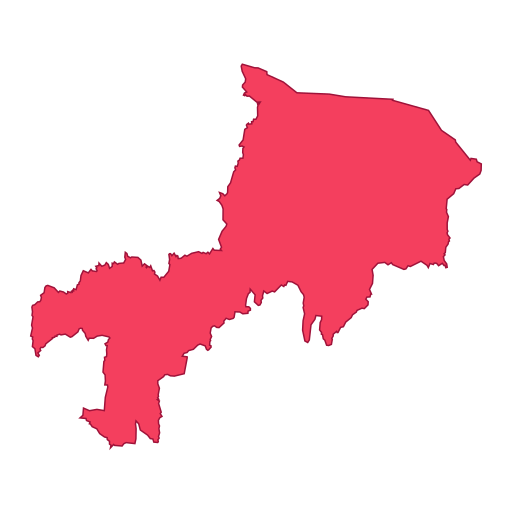 the district of Teúl de González Ortega, Zacatecas, Mexico
{"feature_id": "50627088B73152877685889", "entity_name": "Teúl de González Ortega", "entity_type": "district", "adm_level": 2, "iso_a3": "MEX", "parent_name": "Mexico", "parent_adm1": "Zacatecas", "projection": "equal_earth", "projection_center": [-103.508, 21.35], "detail": "fine", "context": "isolated", "style": "filled", "palette": "rose", "viewbox_px": 512, "rotation_deg": 0, "n_neighbors": 0, "source": "geoboundaries", "source_scale": "gbopen_adm2", "svg_char_len": 6011}
<svg xmlns="http://www.w3.org/2000/svg" viewBox="0 0 512 512"><path d="M114.5,445.4L122.1,446.0L123.8,443.7L126.1,442.6L134.9,443.6L135.9,438.9L136.1,428.7L135.5,424.0L136.0,420.9L138.7,423.8L140.3,430.0L147.6,435.1L150.3,438.6L152.9,439.0L153.8,442.1L157.7,442.5L158.3,441.7L157.9,439.8L159.1,438.1L158.5,436.5L159.6,432.8L158.9,428.6L159.5,425.9L158.6,423.9L158.4,420.3L159.8,417.7L162.0,416.4L160.2,413.6L161.2,412.2L158.6,403.5L159.4,401.0L157.4,399.7L158.7,399.2L157.6,397.7L158.5,396.5L158.2,394.8L159.4,388.2L157.8,383.8L157.8,380.7L163.6,376.6L164.7,374.8L167.6,374.4L170.4,375.8L174.4,376.1L184.2,373.7L187.2,357.8L187.1,356.8L182.3,356.2L184.0,353.3L187.1,352.5L188.6,350.6L193.4,349.3L197.7,345.1L200.1,344.0L205.2,345.9L206.5,349.3L207.8,350.3L208.7,349.8L211.1,347.1L210.9,345.7L209.6,345.2L209.9,341.4L210.6,340.7L210.2,339.4L211.6,336.5L210.2,333.1L211.1,328.0L212.7,326.3L214.5,325.8L216.7,327.4L219.0,327.6L224.0,323.0L223.8,321.1L226.1,318.3L229.4,319.5L233.2,318.4L234.1,317.3L235.0,311.8L239.9,312.0L242.8,313.8L247.9,313.3L248.1,311.1L250.4,310.2L250.4,308.4L248.8,306.8L245.9,306.7L245.6,305.1L246.5,298.5L248.4,293.6L250.0,292.4L250.2,289.1L255.1,294.8L254.4,301.8L258.3,305.4L259.9,305.0L261.3,302.5L261.0,300.3L262.8,298.0L262.5,295.8L263.8,291.0L267.1,293.5L272.2,291.1L274.6,291.9L281.3,285.0L283.8,286.5L284.6,285.0L285.9,285.3L287.7,281.4L292.1,281.9L297.9,285.2L301.1,291.7L303.5,294.6L304.2,297.2L303.2,303.1L303.8,305.9L303.1,307.4L304.6,313.8L303.1,320.7L302.6,330.1L304.9,341.0L307.7,342.5L309.3,340.0L311.0,324.8L314.9,319.3L315.9,315.5L321.7,316.2L321.6,319.6L320.2,322.5L319.6,329.9L321.5,332.4L321.4,334.2L322.5,334.6L323.3,338.8L324.8,340.1L326.6,345.2L328.7,345.5L331.4,344.4L332.3,339.3L331.8,338.4L333.2,336.0L333.2,334.2L336.6,331.4L337.2,332.6L338.0,332.5L340.6,327.4L343.4,326.7L345.7,322.1L351.2,317.6L352.5,314.8L356.3,312.1L357.0,310.4L361.9,308.2L364.3,308.6L368.0,304.9L368.2,301.7L365.8,299.2L366.9,297.1L370.0,296.9L370.7,294.2L371.5,294.1L369.5,289.4L372.5,283.4L373.1,275.3L372.1,269.4L377.9,263.2L384.8,262.4L388.0,264.8L391.3,262.7L392.7,264.6L403.9,269.4L405.9,268.9L408.1,265.7L410.3,266.5L421.0,261.2L427.0,265.3L428.3,267.6L430.0,263.5L433.4,264.5L434.1,263.2L435.4,263.1L436.7,263.4L438.6,265.7L442.3,263.3L444.0,265.5L445.0,265.2L445.8,267.7L447.2,267.3L446.7,263.9L444.2,260.5L443.4,256.6L445.0,254.9L444.1,253.8L445.3,252.6L445.8,247.3L448.1,244.0L448.5,241.7L449.4,241.0L448.9,239.2L450.0,238.0L447.5,234.7L447.1,232.8L447.9,231.2L447.2,229.5L447.2,222.9L448.4,216.6L446.5,212.3L446.8,209.4L446.2,208.8L447.1,199.2L453.7,193.7L455.8,188.8L458.9,188.5L464.1,184.5L467.7,185.0L474.0,178.1L479.8,174.0L481.1,170.4L481.3,163.9L477.1,161.8L476.3,159.2L471.0,158.4L470.3,160.2L455.7,142.1L455.3,139.9L441.5,130.4L428.5,110.4L392.5,100.3L392.9,99.3L345.6,96.8L329.3,94.1L296.9,92.8L283.4,82.1L267.0,74.6L266.8,71.7L258.1,67.9L254.7,67.8L242.3,64.2L241.2,66.1L242.2,71.3L245.7,78.8L245.2,82.1L242.6,85.0L242.4,87.1L246.7,92.0L244.5,93.0L243.5,95.1L244.8,95.7L245.5,94.7L247.0,96.2L249.5,96.1L256.9,102.2L260.3,102.0L259.1,103.9L258.6,103.0L257.5,103.5L258.0,105.6L257.5,107.2L257.7,115.9L255.9,119.3L253.6,119.2L253.1,121.6L251.6,121.7L251.8,123.8L248.6,124.2L248.4,123.2L247.1,124.1L246.4,125.1L247.4,127.7L244.8,129.3L243.1,139.9L239.1,145.0L239.6,146.4L242.1,146.0L244.0,147.0L242.9,148.4L242.7,152.5L243.4,154.7L242.9,158.2L240.1,158.2L239.4,160.0L237.9,161.1L238.2,163.2L237.2,166.4L235.4,166.1L234.9,167.8L235.6,169.9L233.7,171.8L230.5,182.9L227.8,186.7L227.6,192.6L226.8,194.0L224.8,195.8L222.8,193.7L219.5,192.5L220.8,195.8L219.7,198.4L217.1,200.4L219.2,201.5L221.9,205.3L223.1,208.9L223.0,219.8L226.8,224.0L226.1,226.3L222.1,231.2L218.6,239.4L221.5,247.2L220.3,249.1L221.4,250.5L214.2,250.2L212.9,248.5L209.5,253.9L207.9,252.2L206.1,253.7L203.1,252.4L202.0,253.4L198.6,251.7L191.7,253.3L186.9,256.2L184.9,255.2L181.2,258.2L178.8,258.6L178.2,258.6L177.9,256.1L176.9,255.5L176.0,256.6L174.1,253.2L171.9,255.7L170.6,253.7L169.6,253.7L168.9,254.4L169.6,259.6L168.9,263.5L169.9,264.6L168.7,271.3L163.8,277.3L161.1,277.2L159.9,280.2L157.5,276.0L154.5,274.0L154.9,272.1L153.9,270.5L152.5,270.8L150.7,265.8L149.7,267.4L147.8,266.2L146.5,267.7L146.1,267.2L147.0,265.7L144.5,263.8L142.2,266.1L140.9,260.1L137.9,257.4L131.7,257.0L130.5,257.8L127.7,256.3L126.9,253.5L125.3,252.3L124.8,257.2L125.6,259.4L123.7,263.0L118.9,263.4L117.6,264.3L114.4,261.9L113.5,263.6L112.2,263.2L112.2,266.5L109.6,268.3L108.3,264.4L106.3,262.6L104.9,265.0L101.8,266.3L99.0,263.1L98.9,265.5L95.8,266.3L96.8,267.8L96.1,268.8L97.1,270.5L96.6,271.5L92.3,270.9L91.0,269.4L88.3,272.9L83.3,270.7L81.0,275.5L80.3,281.0L79.0,282.6L78.9,284.3L77.4,284.8L76.1,289.6L73.7,288.8L73.6,290.8L72.7,290.3L72.3,292.0L71.4,291.3L70.9,292.6L67.7,291.6L67.7,293.2L66.3,294.0L63.5,292.0L59.8,291.0L58.4,292.4L54.2,287.8L47.8,285.4L46.1,285.9L44.9,287.5L44.1,292.7L40.6,295.3L41.4,297.4L40.8,300.3L39.8,301.7L37.7,301.9L34.8,304.7L32.6,305.4L31.9,307.1L32.5,311.8L32.0,315.4L33.0,316.8L31.6,325.2L32.5,328.0L30.7,336.0L32.7,337.0L32.3,339.0L33.1,340.6L32.4,346.6L34.9,348.7L36.0,355.4L38.3,356.8L39.3,355.3L37.9,352.9L40.7,350.5L40.0,348.9L40.9,347.4L42.9,347.5L45.0,345.9L45.8,343.8L52.6,338.4L52.4,337.7L54.7,337.2L55.1,336.1L56.9,336.3L57.1,335.0L59.7,334.2L61.0,334.9L65.3,334.1L70.3,337.2L71.9,336.7L77.9,331.9L79.1,328.9L80.6,328.2L82.3,328.5L82.5,330.2L85.2,333.5L85.8,336.3L88.2,340.3L89.2,338.2L93.6,338.3L97.2,336.1L102.1,335.3L108.9,336.9L109.9,338.0L108.4,339.7L107.8,342.1L105.0,343.8L106.0,345.6L107.2,345.6L106.5,349.8L106.8,353.9L106.5,356.6L104.5,357.3L104.8,360.4L103.9,361.4L103.0,372.1L105.1,374.9L105.4,381.0L104.8,384.9L107.5,385.0L107.8,387.0L105.3,397.4L104.3,410.6L96.9,409.4L89.5,410.7L83.5,408.1L82.9,415.3L80.0,417.9L86.0,418.5L86.5,420.5L90.1,422.0L89.4,423.8L90.4,424.0L92.2,426.7L96.8,428.8L99.7,433.6L104.5,437.0L107.1,437.6L107.3,439.6L109.5,441.3L109.5,444.1L111.0,445.2L110.5,447.8L113.6,444.5L114.5,445.4Z" fill="#f43f5e" stroke="#9f1239" stroke-width="1.5"/></svg>